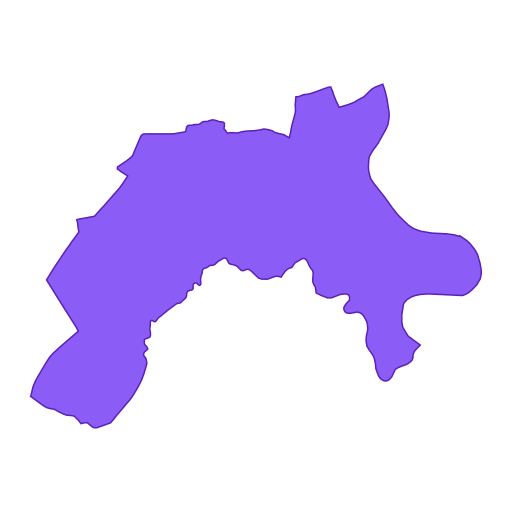 outline of Quan 12, Hồ Chí Minh city, Vietnam
{"feature_id": "81297802B78652503258302", "entity_name": "Quan 12", "entity_type": "district", "adm_level": 2, "iso_a3": "VNM", "parent_name": "Vietnam", "parent_adm1": "Hồ Chí Minh city", "projection": "mercator", "projection_center": [106.659, 10.861], "detail": "fine", "context": "isolated", "style": "filled", "palette": "violet", "viewbox_px": 512, "rotation_deg": 0, "n_neighbors": 0, "source": "geoboundaries", "source_scale": "gbopen_adm2", "svg_char_len": 5323}
<svg xmlns="http://www.w3.org/2000/svg" viewBox="0 0 512 512"><path d="M81.0,423.7L84.0,422.9L85.8,422.7L87.0,422.8L88.3,423.5L90.5,425.5L92.7,427.1L93.8,427.6L95.2,427.8L96.5,427.8L99.0,427.0L110.5,422.9L113.6,419.3L117.7,414.1L124.5,406.2L126.9,403.3L127.4,402.7L127.6,402.5L130.5,399.1L131.2,398.1L133.8,394.2L138.3,386.6L141.8,379.5L143.9,373.8L145.4,368.7L146.8,363.7L146.8,362.5L146.5,360.9L145.9,358.3L144.4,356.4L143.8,355.6L143.7,354.9L143.6,354.0L144.1,352.7L144.8,351.6L147.3,349.6L147.7,349.1L147.6,348.2L147.0,347.1L146.2,346.1L144.9,344.8L144.5,344.0L144.4,343.0L144.3,341.2L144.4,340.1L144.4,339.7L144.8,339.2L146.8,338.4L149.3,337.5L150.1,336.7L150.5,335.2L150.4,332.2L149.8,329.3L149.8,328.3L150.3,325.9L150.3,322.9L150.5,321.6L150.7,321.1L151.2,320.5L151.7,320.3L152.7,320.8L154.4,321.7L155.1,321.7L155.9,321.2L158.3,317.9L161.0,315.9L164.0,313.3L169.0,309.3L175.9,304.2L177.6,303.3L179.9,303.1L180.6,302.7L182.1,301.2L185.1,298.5L186.2,297.0L186.6,295.8L186.7,293.6L187.0,292.2L187.7,291.4L188.0,291.3L188.9,290.6L191.4,290.1L192.6,289.6L193.1,288.6L193.2,287.5L193.0,286.0L193.0,285.2L193.5,284.1L194.5,283.1L195.7,282.9L197.0,283.3L198.2,284.7L199.0,285.3L199.7,285.4L200.5,284.8L200.9,283.7L200.6,280.6L200.6,278.6L201.1,275.8L202.0,273.8L202.4,270.6L203.0,269.3L204.0,268.5L206.7,267.6L208.4,266.6L209.6,265.5L210.8,265.4L212.5,265.3L213.8,264.9L214.8,264.5L217.7,261.7L223.3,258.3L224.7,258.0L226.5,258.7L227.7,260.9L228.8,263.2L230.3,264.1L234.0,264.9L236.9,266.1L241.0,270.2L242.9,270.8L247.3,269.2L249.4,269.6L252.0,271.8L258.5,278.0L261.6,279.1L267.5,279.2L272.9,277.2L275.9,276.2L277.5,276.2L281.3,277.1L282.5,274.9L285.6,270.8L287.3,269.4L289.0,268.3L291.8,267.5L294.2,264.0L295.0,262.8L299.2,260.5L301.4,259.0L303.3,258.5L305.0,258.7L305.8,259.4L307.1,261.0L309.4,266.0L311.1,268.8L312.5,270.4L313.2,273.1L312.7,280.2L312.9,282.2L313.9,284.8L315.3,286.9L315.5,288.4L316.2,293.0L321.6,295.6L327.6,297.9L331.6,297.8L334.5,296.7L339.8,294.6L343.7,294.0L346.4,294.0L348.4,294.8L349.5,296.7L349.6,298.6L349.2,300.5L345.7,304.2L344.2,306.7L343.8,308.1L344.0,310.0L345.3,312.1L347.1,313.1L349.9,313.4L356.9,312.1L359.5,312.6L361.5,313.7L361.6,313.8L363.7,316.0L366.5,321.1L366.8,322.0L367.3,323.9L367.8,328.6L367.4,331.6L366.4,335.7L366.0,340.3L366.9,346.1L369.0,349.6L372.6,354.8L373.8,357.1L374.5,359.2L375.4,363.8L375.9,368.7L377.1,372.1L377.6,373.5L378.5,375.6L379.7,377.7L380.7,378.8L382.0,379.8L383.5,380.6L384.9,380.9L385.9,381.0L387.0,380.8L388.1,380.3L389.3,379.5L390.8,377.9L391.9,376.6L392.8,374.5L395.3,369.4L398.0,367.7L402.2,366.0L406.7,364.4L409.2,362.8L411.1,361.2L412.2,359.9L412.9,358.0L413.0,355.4L413.3,354.2L413.8,352.5L414.9,350.7L417.6,347.7L420.3,345.1L418.2,343.5L408.2,336.2L404.9,330.8L402.8,327.3L401.8,321.6L401.8,314.7L403.4,304.7L404.2,302.7L407.3,299.4L411.3,297.0L414.9,295.6L420.1,294.5L426.4,294.0L430.3,294.0L461.8,295.5L463.3,295.3L466.0,294.1L468.8,292.5L472.1,289.7L476.8,284.8L480.2,278.9L481.0,275.3L481.3,273.0L481.2,269.6L479.9,262.7L477.4,254.2L477.2,254.0L475.1,250.0L469.8,243.3L466.7,240.5L462.6,237.7L459.6,235.7L459.2,236.3L454.1,234.8L446.5,233.8L432.1,233.1L420.6,231.2L414.1,228.8L408.7,225.4L402.8,219.8L398.6,215.6L397.5,214.4L392.2,207.7L384.8,197.3L373.2,182.6L370.6,178.5L369.0,172.6L368.5,169.3L368.4,165.9L368.7,161.6L369.1,157.6L370.2,154.9L373.2,150.0L377.7,143.9L378.2,143.3L379.1,141.4L385.5,130.1L387.9,124.7L389.0,118.3L389.2,114.5L388.9,111.2L388.2,106.9L386.9,98.6L384.9,90.3L383.2,85.4L382.8,84.2L375.2,87.1L371.4,89.4L366.4,94.4L364.0,96.7L356.7,100.6L355.2,101.8L348.9,104.4L339.2,107.3L335.8,100.3L333.5,94.3L332.7,91.6L331.0,87.6L330.8,87.0L330.0,87.0L329.2,87.1L327.6,87.5L322.4,89.3L317.2,91.3L312.8,92.8L309.6,93.8L307.5,94.2L304.9,94.5L303.1,94.8L300.8,95.8L298.3,96.7L296.8,96.7L296.7,96.7L295.9,96.7L295.2,104.7L295.5,110.0L295.1,113.4L293.8,118.4L292.2,124.2L291.2,128.5L290.9,131.0L289.3,137.7L287.0,136.5L283.7,134.6L278.3,133.4L274.4,132.2L272.2,130.7L267.1,129.4L263.9,129.0L258.9,130.1L254.3,130.7L246.3,131.1L242.2,131.7L237.3,133.0L232.1,132.7L229.5,132.7L227.6,133.3L225.2,130.2L223.9,128.5L224.4,126.3L224.4,123.1L222.8,122.0L219.1,121.6L216.1,120.5L213.0,119.8L211.5,120.0L209.2,120.7L207.4,121.5L205.1,121.4L202.7,121.8L202.2,122.2L201.3,122.8L200.2,123.7L198.2,124.5L195.8,124.5L193.7,124.6L192.5,125.2L189.4,125.3L187.9,125.5L186.7,126.9L186.3,128.3L185.7,131.4L184.4,132.0L180.8,132.6L176.2,133.4L173.8,133.8L169.7,133.9L148.1,133.9L143.4,134.0L142.4,134.5L141.5,135.3L140.7,136.5L138.9,140.6L132.6,155.6L130.3,157.9L125.8,161.4L123.5,162.9L117.7,166.8L117.3,167.8L117.4,169.0L121.4,171.9L127.7,176.0L122.7,183.6L121.9,184.7L119.3,188.3L116.0,192.0L115.5,192.6L102.6,207.3L101.7,208.1L97.1,213.3L94.3,216.4L90.9,216.9L86.8,217.7L79.7,219.0L77.8,219.3L77.2,219.5L76.6,219.9L77.0,220.6L77.3,221.3L77.4,222.3L77.7,223.7L78.0,226.9L78.3,229.0L78.7,230.9L78.9,231.9L74.6,238.0L71.9,241.5L69.1,245.6L65.2,251.0L62.4,255.3L54.1,267.7L48.2,277.2L46.5,279.9L48.0,282.3L62.8,306.0L76.6,327.8L78.2,331.3L59.6,347.3L52.9,353.5L49.9,356.8L45.5,363.6L37.1,377.9L34.9,382.2L33.0,386.8L31.2,394.5L30.8,396.4L30.7,396.5L31.6,397.0L39.2,402.7L44.1,406.2L47.2,407.8L51.1,408.8L54.2,409.2L58.4,411.6L63.8,414.2L66.4,415.1L71.6,415.6L74.1,416.1L78.1,419.9L81.0,423.7Z" fill="#8b5cf6" stroke="#5b21b6" stroke-width="1.5"/></svg>